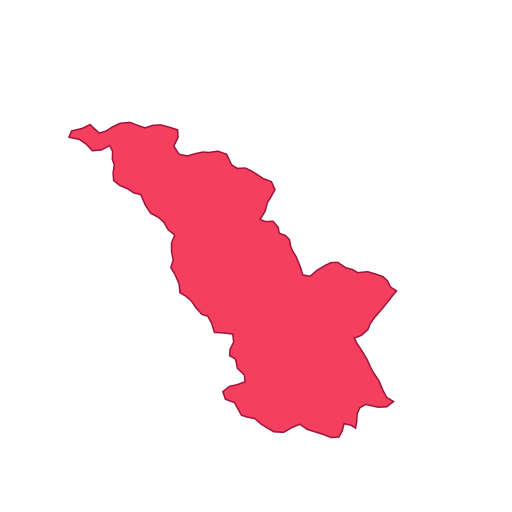 the district of Oliveira Fortes, Minas Gerais, Brazil, rotated 61°
{"feature_id": "56859067B27870531279876", "entity_name": "Oliveira Fortes", "entity_type": "district", "adm_level": 2, "iso_a3": "BRA", "parent_name": "Brazil", "parent_adm1": "Minas Gerais", "projection": "robinson", "projection_center": [-43.521, -21.329], "detail": "fine", "context": "isolated", "style": "filled", "palette": "rose", "viewbox_px": 512, "rotation_deg": 61, "n_neighbors": 0, "source": "geoboundaries", "source_scale": "gbopen_adm2", "svg_char_len": 2010}
<svg xmlns="http://www.w3.org/2000/svg" viewBox="0 0 512 512"><g transform="rotate(61 256 256)"><path d="M454.5,271.2L450.6,265.2L445.4,260.3L449.9,255.1L454.8,252.4L449.4,248.0L443.0,244.0L439.0,238.6L439.0,232.0L443.0,227.5L447.3,222.7L451.2,215.0L450.0,206.2L443.0,210.3L434.8,210.1L425.1,209.0L414.9,209.8L408.9,209.8L400.0,209.0L389.2,209.4L382.1,210.1L375.5,209.8L376.5,202.4L374.7,194.0L370.7,189.1L367.2,182.0L363.2,171.0L359.9,162.8L357.2,156.5L354.7,150.0L348.3,153.4L341.4,153.1L335.9,154.8L330.5,159.4L323.9,165.9L319.9,175.1L314.5,178.3L309.7,183.2L301.2,187.6L298.1,193.6L297.8,200.0L298.1,209.8L300.0,218.5L295.2,224.3L287.6,222.6L281.9,221.9L275.5,221.2L269.4,221.6L263.7,220.9L258.2,218.8L252.4,220.3L247.3,224.6L241.7,222.7L233.8,224.3L230.7,230.7L226.1,234.8L221.1,226.1L214.9,220.3L212.0,215.0L207.1,207.2L198.4,206.5L191.7,212.2L185.1,215.6L179.0,219.0L173.9,222.7L170.3,229.9L164.3,233.2L152.7,232.4L145.8,238.6L142.7,246.8L139.4,252.0L137.0,259.6L135.2,267.6L129.7,274.0L120.0,274.6L114.5,266.7L107.6,263.4L101.3,269.4L95.2,275.7L91.7,282.8L90.2,290.8L84.6,296.0L78.0,301.5L74.0,310.7L73.5,319.0L74.0,326.5L72.6,333.4L66.8,335.4L60.5,337.5L60.2,345.9L57.2,356.8L61.4,362.0L68.4,354.0L76.3,350.1L84.6,348.1L88.3,339.9L88.5,330.5L94.9,330.7L101.8,334.8L107.7,335.8L114.0,340.7L120.9,343.9L128.2,341.0L135.5,335.4L141.5,332.3L146.4,327.0L157.6,328.1L167.6,327.4L175.1,322.5L181.7,320.2L190.5,320.1L198.3,316.9L203.7,323.6L211.3,327.8L219.3,330.3L224.9,336.1L233.2,335.8L243.1,336.8L251.3,340.3L257.0,336.9L263.9,334.3L271.8,333.7L280.9,331.6L285.2,327.4L293.3,327.4L302.7,329.4L307.5,321.8L313.0,314.2L320.5,317.3L325.1,324.0L330.5,327.4L336.2,323.9L345.0,326.7L354.3,323.9L360.7,326.5L359.3,335.4L357.1,342.5L358.6,350.8L366.4,352.2L373.8,345.9L382.5,345.9L388.2,345.9L392.7,341.7L397.7,335.8L405.6,333.0L411.2,329.9L418.4,325.6L423.6,317.3L423.4,307.8L424.5,299.1L432.4,295.3L438.8,289.3L445.2,283.2L451.2,278.3L454.5,271.2Z" fill="#f43f5e" stroke="#9f1239" stroke-width="1.5"/></g></svg>